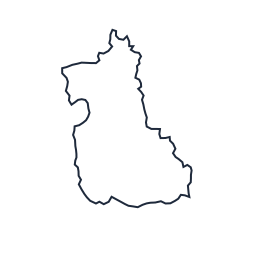 the district of Santana do Jacaré, Minas Gerais, Brazil, rotated 116°
{"feature_id": "56859067B59414869948736", "entity_name": "Santana do Jacaré", "entity_type": "district", "adm_level": 2, "iso_a3": "BRA", "parent_name": "Brazil", "parent_adm1": "Minas Gerais", "projection": "orthographic", "projection_center": [-45.071, -20.88], "detail": "fine", "context": "isolated", "style": "outline", "palette": "slate", "viewbox_px": 256, "rotation_deg": 116, "n_neighbors": 0, "source": "geoboundaries", "source_scale": "gbopen_adm2", "svg_char_len": 1706}
<svg xmlns="http://www.w3.org/2000/svg" viewBox="0 0 256 256"><g transform="rotate(116 128 128)"><path d="M46.6,185.0L51.9,184.7L56.0,182.8L59.9,182.0L61.7,178.0L67.4,179.4L71.8,182.6L73.0,186.8L76.6,186.5L79.7,183.4L83.7,185.2L85.8,189.6L87.9,194.5L89.6,198.4L92.2,201.4L95.6,205.7L100.2,209.9L103.1,213.4L107.7,211.1L109.9,205.2L112.8,202.3L117.0,201.0L121.9,200.1L124.6,194.7L129.1,193.2L131.8,189.0L128.2,187.0L124.6,185.2L122.4,182.2L121.5,178.6L123.3,175.1L127.9,172.1L131.1,169.3L135.3,168.8L139.4,169.1L143.1,170.8L146.9,173.1L149.9,176.7L153.8,175.1L158.3,174.3L161.9,170.4L167.3,167.4L170.5,165.1L173.9,163.0L177.1,161.4L180.4,161.1L184.2,159.8L185.4,155.8L188.6,153.5L192.6,151.4L195.1,147.6L200.2,147.5L203.5,142.9L206.4,138.3L208.3,134.6L210.0,130.1L209.9,123.7L206.8,121.4L207.1,116.4L202.8,113.0L197.0,112.6L197.3,106.3L197.5,101.4L197.7,97.4L197.7,93.5L196.3,89.2L194.9,84.5L190.6,81.2L187.6,78.2L185.4,75.2L183.0,70.8L179.4,66.3L179.4,61.2L177.1,56.9L173.0,53.9L169.5,51.8L164.9,51.2L163.6,47.4L163.1,42.6L160.2,44.8L156.8,46.9L153.5,48.9L149.3,47.8L145.8,49.3L142.5,50.9L138.3,52.2L135.8,54.4L135.2,58.5L138.7,61.1L134.9,64.1L133.7,68.9L133.2,72.5L130.9,76.5L125.9,76.3L122.4,80.5L121.0,84.7L117.8,86.6L120.6,90.0L122.8,94.3L119.7,97.2L114.9,98.8L116.5,102.3L118.6,106.6L118.5,111.8L115.1,114.3L110.3,115.7L107.3,118.7L104.1,121.5L100.0,124.6L96.5,127.8L92.0,128.2L89.8,132.0L88.3,136.0L85.1,134.3L82.1,136.0L79.6,139.1L79.6,143.4L75.7,144.3L72.1,144.8L68.4,147.1L65.0,145.9L62.2,148.0L57.9,147.7L55.7,151.1L56.9,155.2L56.4,159.7L52.2,159.2L53.9,162.8L49.6,164.9L46.0,169.2L50.7,170.8L51.9,175.2L50.3,179.3L46.1,181.2L46.6,185.0Z" fill="none" stroke="#1e293b" stroke-width="2"/></g></svg>